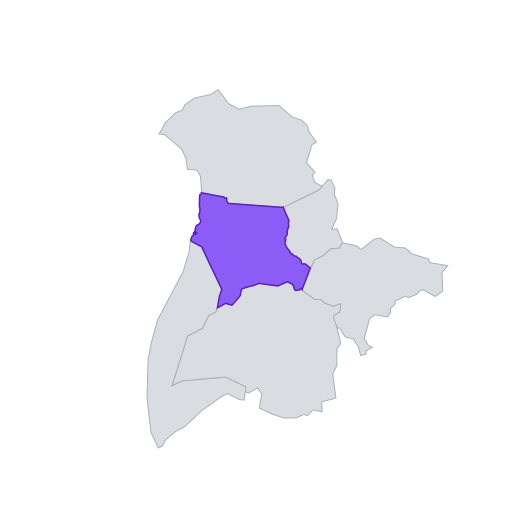 map of Kenya with United Republic of Tanzania, Somalia, Ethiopia and 2 others greyed out, rotated 155°
{"feature_id": "KEN", "entity_name": "Kenya", "entity_type": "country or territory", "adm_level": 0, "iso_a3": "KEN", "parent_name": "Africa", "parent_adm1": "", "projection": "orthographic", "projection_center": [37.674, 0.4], "detail": "fine", "context": "with_neighbors", "style": "filled", "palette": "violet", "viewbox_px": 512, "rotation_deg": 155, "n_neighbors": 5, "source": "natural_earth", "source_scale": "50m", "svg_char_len": 5332}
<svg xmlns="http://www.w3.org/2000/svg" viewBox="0 0 512 512"><g transform="rotate(155 256 256)"><path d="M210.9,288.4L259.4,315.9L260.2,323.3L278.5,336.1L272.6,351.8L273.4,359.0L281.5,363.6L278.3,374.5L278.2,384.4L287.7,404.8L292.3,407.5L282.3,414.8L268.5,419.7L261.0,419.5L256.5,423.2L244.5,425.1L229.4,421.6L220.0,422.6L216.3,405.5L209.4,396.2L197.1,393.8L171.5,382.6L164.4,366.6L157.0,359.5L154.4,352.1L155.5,345.5L153.1,333.8L158.3,333.2L170.8,319.2L167.2,307.1L170.8,305.5L171.5,298.0L166.5,290.8L170.9,289.2L210.9,288.4Z" fill="#d9dde1" stroke="#a8b0b8" stroke-width="1"/><path d="M301.5,287.3L301.3,240.7L315.8,222.1L324.0,221.9L335.2,212.9L351.7,212.3L386.6,174.1L376.1,174.2L334.8,159.2L320.4,141.7L327.6,130.5L331.7,132.8L340.0,143.3L346.2,143.3L371.4,138.6L392.6,131.5L403.5,130.8L415.5,127.6L421.1,123.3L425.7,123.3L425.7,140.7L414.9,173.1L397.4,208.0L386.9,222.3L372.2,239.7L328.8,272.5L314.9,288.0L309.0,297.8L301.5,287.3Z" fill="#d9dde1" stroke="#a8b0b8" stroke-width="1"/><path d="M386.6,174.1L351.7,212.3L335.2,212.9L324.0,221.9L315.8,222.1L312.4,226.2L303.7,226.2L298.5,221.9L286.9,227.2L283.1,232.5L264.8,230.3L248.6,219.4L239.7,219.4L235.4,215.2L235.4,208.1L228.8,205.9L221.4,192.1L215.6,189.1L213.4,184.0L207.0,177.8L199.3,176.9L203.7,169.7L210.4,169.4L216.1,141.0L222.1,137.4L228.9,122.7L236.4,116.5L243.6,93.5L258.1,96.1L261.9,86.9L269.4,92.5L276.7,89.6L279.7,92.2L288.2,92.3L299.0,97.3L307.9,105.6L317.4,116.9L309.0,128.4L310.3,135.7L320.3,135.0L323.1,137.2L320.4,141.7L334.8,159.2L376.1,174.2L386.6,174.1Z" fill="#d9dde1" stroke="#a8b0b8" stroke-width="1"/><path d="M210.9,288.4L170.9,289.2L158.9,294.7L155.8,293.4L155.9,283.8L158.9,278.9L159.6,268.6L167.1,256.0L176.1,248.1L171.0,246.3L171.9,231.4L177.1,227.9L185.2,230.8L195.5,227.8L204.4,227.8L212.3,221.9L218.3,230.8L225.3,251.9L210.7,274.9L210.9,288.4Z" fill="#d9dde1" stroke="#a8b0b8" stroke-width="1"/><path d="M171.9,231.4L160.8,222.9L157.9,217.4L141.6,221.4L136.0,219.9L126.6,205.3L117.3,200.2L114.3,192.6L101.1,180.4L101.1,176.3L86.3,166.2L94.4,162.5L101.6,145.3L110.6,143.6L118.7,154.5L122.0,155.5L126.6,153.4L135.5,153.8L137.1,156.4L149.5,156.4L150.0,153.8L156.5,151.5L157.9,147.8L162.7,145.2L173.0,152.6L179.5,151.3L192.9,135.3L192.0,127.7L189.1,124.1L196.6,123.4L197.5,120.6L203.2,121.5L201.6,130.7L202.9,139.8L209.3,144.8L210.5,155.4L212.3,155.7L212.3,165.5L210.4,169.4L203.7,169.7L199.3,176.9L207.0,177.8L213.4,184.0L215.6,189.1L221.4,192.1L228.8,205.9L204.4,227.8L195.5,227.8L185.2,230.8L177.1,227.9L171.9,231.4Z" fill="#d9dde1" stroke="#a8b0b8" stroke-width="1"/><path d="M210.8,289.1L210.8,286.9L211.1,281.4L211.1,276.5L211.3,274.1L212.5,272.5L213.1,271.4L213.5,269.8L214.1,268.5L215.6,267.5L215.8,266.9L217.3,265.2L218.2,263.0L218.9,262.2L219.8,261.5L220.4,261.1L221.4,260.8L222.1,260.5L222.3,260.4L222.4,260.0L222.1,258.6L222.4,258.2L223.0,257.2L223.6,256.4L224.1,255.8L224.4,255.3L224.6,254.3L224.6,253.6L224.6,252.5L224.4,249.9L223.8,247.8L223.4,245.4L223.7,244.6L223.2,243.2L222.9,243.1L222.5,242.8L222.0,241.4L221.6,240.2L221.4,239.9L219.7,238.9L218.8,236.4L217.9,235.8L217.3,233.3L217.2,232.6L217.8,230.2L217.7,229.6L217.2,229.1L215.6,228.5L214.3,227.5L214.5,227.2L214.5,226.8L213.9,226.5L211.9,222.3L214.5,219.8L217.1,217.2L220.4,214.0L223.4,211.0L226.1,208.4L228.4,206.1L228.4,206.5L228.4,207.1L228.7,207.5L229.1,207.7L229.8,207.5L230.4,207.1L231.0,207.0L234.5,208.0L235.1,208.8L235.0,209.7L235.2,210.4L234.9,211.0L234.6,213.0L234.7,214.8L235.7,216.2L236.7,217.2L237.4,218.7L238.0,219.2L238.7,219.4L241.2,219.5L244.8,219.6L248.2,219.7L248.5,219.7L249.3,219.9L252.4,221.9L255.3,223.7L257.8,225.3L260.2,226.9L262.5,228.4L264.3,229.6L266.1,230.0L269.0,230.2L271.0,230.3L272.8,230.8L275.6,231.3L277.6,231.5L278.9,231.8L282.3,232.1L282.9,231.9L284.4,230.5L286.1,228.3L286.7,227.0L288.9,225.8L292.8,224.1L295.5,222.9L298.5,221.6L299.9,222.7L301.8,224.4L302.6,225.2L303.3,225.6L304.3,225.9L305.6,225.9L306.2,225.8L307.6,225.6L310.9,225.4L312.8,225.4L311.2,227.7L309.3,230.4L305.9,235.3L303.3,237.9L301.3,239.9L301.1,240.3L301.1,242.5L301.1,247.9L301.2,258.7L301.3,269.4L301.3,280.2L301.3,285.6L301.3,287.4L303.1,289.7L304.8,291.9L307.0,294.8L308.2,296.4L308.4,296.9L308.4,298.0L306.5,300.2L305.0,301.2L302.9,301.6L302.3,301.6L301.5,301.2L301.2,301.8L301.0,302.6L300.5,302.4L300.2,302.2L300.4,303.6L300.6,304.4L300.3,305.3L299.3,306.2L299.2,306.9L297.0,308.8L294.0,309.0L292.3,309.9L291.6,310.7L291.1,312.3L291.3,314.9L290.4,316.9L290.2,317.9L288.7,319.1L288.0,320.3L287.4,321.5L287.0,322.0L286.4,324.7L285.7,326.3L285.5,326.9L285.3,327.3L284.7,328.3L284.4,328.9L284.1,329.4L282.2,333.5L280.8,335.4L279.6,335.2L278.9,335.9L278.8,336.3L278.4,336.1L277.4,335.4L275.5,334.0L273.5,332.6L271.6,331.2L269.6,329.7L267.7,328.3L265.7,326.9L263.7,325.5L261.8,324.1L260.6,323.3L260.1,322.8L259.7,321.8L259.5,321.6L259.0,321.3L258.4,321.2L258.2,321.0L258.2,320.5L258.4,319.9L259.2,318.6L259.2,317.8L259.1,316.9L258.9,315.6L258.7,315.2L257.4,314.5L254.6,313.0L251.9,311.5L249.2,310.0L246.5,308.4L243.7,306.9L241.0,305.4L238.3,303.9L235.6,302.3L232.8,300.8L230.1,299.3L227.4,297.8L224.7,296.3L221.9,294.7L219.2,293.2L216.5,291.7L213.8,290.2L212.7,289.6L211.8,289.1L210.8,289.1ZM301.5,303.9L301.0,304.0L301.3,303.3L302.7,302.3L303.2,302.6L303.3,302.8L303.3,303.0L303.1,303.2L301.5,303.9Z" fill="#8b5cf6" stroke="#5b21b6" stroke-width="1.5"/></g></svg>